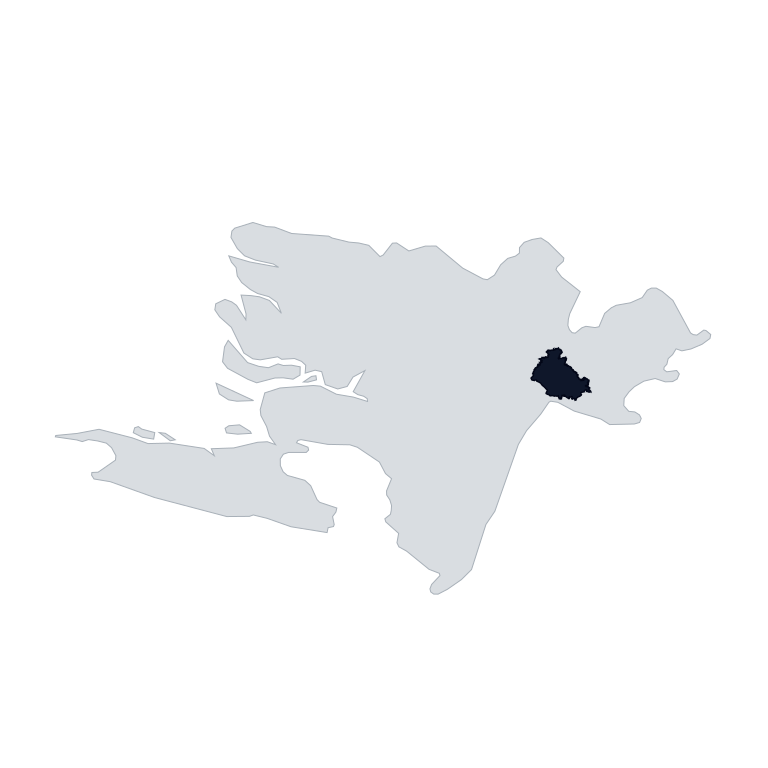 Gaibandha, Rangpur, Bangladesh shown in context, rotated 111°
{"feature_id": "16705992B74857221285320", "entity_name": "Gaibandha", "entity_type": "district", "adm_level": 2, "iso_a3": "BGD", "parent_name": "Bangladesh", "parent_adm1": "Rangpur", "projection": "natural_earth1", "projection_center": [89.465, 25.343], "detail": "fine", "context": "in_parent", "style": "filled", "palette": "ink", "viewbox_px": 768, "rotation_deg": 111, "n_neighbors": 0, "source": "geoboundaries", "source_scale": "gbopen_adm2", "svg_char_len": 9453}
<svg xmlns="http://www.w3.org/2000/svg" viewBox="0 0 768 768"><g transform="rotate(111 384 384)"><path d="M276.7,542.3L276.6,524.2L265.8,488.6L266.3,484.7L264.1,467.6L261.4,458.1L260.0,447.9L266.5,433.4L263.9,431.0L249.5,426.6L247.8,422.8L250.9,408.5L240.5,394.9L236.5,384.8L247.6,352.1L250.4,329.3L249.6,324.9L242.8,319.9L230.9,317.8L222.4,313.5L217.5,307.1L213.3,304.5L208.1,306.4L201.5,303.9L196.0,297.5L191.4,289.8L193.2,281.3L202.0,261.2L205.2,260.6L212.8,264.4L215.6,264.4L220.5,256.5L227.5,233.9L251.7,235.8L257.5,235.1L263.5,233.3L266.8,230.4L268.7,226.8L268.0,223.7L260.6,219.4L257.8,216.2L255.7,207.2L253.5,203.8L239.0,203.3L231.4,199.1L227.3,195.4L219.9,183.1L210.8,173.9L202.0,171.8L198.7,168.8L196.9,164.1L197.9,157.3L202.4,144.3L226.5,116.1L227.1,113.0L226.2,109.4L219.1,104.8L218.7,102.6L220.7,96.7L224.7,96.0L232.9,101.3L241.3,110.0L246.3,117.8L246.5,123.9L253.1,125.1L258.5,127.8L264.2,127.0L267.9,128.5L270.3,127.9L271.3,124.4L266.5,115.6L268.8,111.9L274.3,112.1L278.3,115.4L281.2,122.2L281.7,132.8L288.2,142.4L296.7,149.2L303.4,152.4L311.4,154.6L318.3,152.4L321.8,145.7L320.2,139.8L321.3,134.4L324.0,131.5L328.3,131.6L331.6,135.9L341.0,158.8L339.0,169.0L341.1,196.8L338.8,215.2L340.3,222.2L341.9,223.5L356.0,226.9L376.5,234.2L392.2,236.9L463.1,234.9L478.6,238.5L525.9,235.8L538.8,241.6L552.9,251.2L560.8,258.2L562.3,262.3L561.4,265.8L558.8,267.7L554.0,267.7L542.8,263.1L540.9,264.5L540.9,275.5L531.9,303.1L530.7,311.7L527.6,315.0L518.2,316.8L512.1,332.9L509.5,334.9L503.4,331.3L499.5,331.9L494.7,333.4L490.0,337.1L486.7,341.7L482.9,343.3L469.7,343.0L467.1,350.5L458.5,360.3L452.6,386.2L453.0,394.1L460.5,414.8L465.7,441.6L467.7,444.3L470.2,444.6L470.3,432.3L472.7,430.7L475.8,432.1L482.1,448.6L485.6,452.8L491.1,454.0L497.4,451.5L502.1,446.7L504.0,441.4L502.3,423.4L505.2,416.0L515.9,405.1L517.5,401.7L516.7,383.6L520.8,383.0L526.2,384.5L533.1,380.1L535.2,380.1L538.2,384.7L543.1,383.9L550.6,419.7L551.3,445.0L553.1,459.1L555.8,462.2L564.1,483.3L572.2,557.5L573.3,604.6L576.6,620.7L573.9,624.3L571.3,625.0L568.8,619.3L551.3,607.4L547.0,608.6L541.1,615.5L538.7,622.0L539.8,631.0L541.8,640.0L545.9,645.1L546.3,650.7L551.1,671.9L549.7,672.0L540.1,652.7L528.4,633.8L524.5,599.8L524.2,583.0L516.1,563.2L508.6,528.8L511.8,516.7L506.3,522.0L497.5,501.3L483.7,481.1L479.7,472.2L479.5,463.5L473.7,472.2L465.7,478.4L457.6,487.6L452.2,490.4L435.0,492.1L425.0,479.7L410.7,449.4L408.8,442.6L410.6,424.8L407.2,407.9L406.2,393.1L403.7,394.4L402.7,398.5L403.3,404.7L402.2,410.0L378.3,406.6L388.6,415.4L399.5,417.5L405.2,425.4L405.6,438.6L394.8,446.6L395.8,453.3L402.1,461.5L394.5,463.8L392.4,469.1L392.3,476.7L397.6,488.4L396.7,493.0L405.8,508.2L407.5,515.5L405.3,525.9L385.8,546.8L380.2,561.6L375.4,568.5L369.4,569.8L362.0,562.8L361.9,555.6L363.4,549.9L373.6,536.0L368.0,537.9L352.2,549.3L349.2,540.0L347.2,531.4L347.1,520.9L354.8,505.1L346.1,513.0L343.7,522.8L344.8,534.4L343.7,542.5L340.3,553.2L335.7,559.7L328.3,563.8L324.9,570.1L320.0,574.8L318.2,553.2L312.8,524.2L311.6,530.4L314.4,548.4L314.3,560.1L310.2,569.4L302.0,579.4L295.7,580.8L292.0,579.2L280.2,564.3L279.2,550.1L276.7,542.3ZM421.1,542.7L406.5,546.2L399.1,545.1L412.9,519.0L412.4,507.3L410.2,497.7L403.2,490.1L402.8,484.6L399.6,477.1L398.0,468.4L405.8,465.6L412.1,470.6L414.4,480.5L417.5,488.0L428.5,503.3L428.4,512.7L425.4,535.7L421.1,542.7ZM452.3,534.1L443.4,541.1L446.2,499.8L452.8,515.2L454.5,523.4L452.3,534.1ZM486.1,513.5L482.3,516.5L478.6,513.9L473.9,504.2L476.2,492.0L477.6,490.2L483.3,502.7L486.1,513.5ZM519.3,600.6L514.3,601.1L511.8,598.1L512.9,594.0L511.5,580.6L518.0,579.3L520.3,590.5L519.3,600.6ZM513.6,563.2L509.9,576.5L508.4,570.5L510.9,558.9L513.6,563.2ZM409.5,455.7L411.0,460.0L402.9,454.4L400.7,450.5L404.3,448.5L409.5,455.7Z" fill="#d9dde1" stroke="#a8b0b8" stroke-width="1"/><path d="M326.5,248.0L327.1,247.7L327.1,246.2L326.9,245.7L326.9,244.9L326.4,244.7L325.7,243.7L326.1,243.0L326.2,242.1L326.6,242.1L326.6,240.7L326.9,238.6L326.8,238.3L327.4,237.5L328.5,235.7L328.7,235.2L328.8,234.5L329.7,232.3L330.5,230.9L330.9,229.5L331.8,229.2L334.2,229.4L334.8,229.2L335.0,227.7L334.8,225.8L334.9,225.6L335.2,225.5L335.5,224.7L335.1,223.8L334.5,222.9L334.3,221.5L334.3,220.8L334.0,220.8L333.4,218.4L333.0,217.4L332.6,217.1L333.6,216.4L334.5,215.5L334.2,215.5L334.8,214.0L334.7,213.9L334.0,213.9L334.1,213.1L333.2,213.3L332.4,213.3L331.6,213.6L331.4,213.6L330.9,213.8L330.8,213.4L330.3,212.9L330.9,212.6L330.9,211.6L330.7,211.0L330.0,211.5L329.7,211.3L330.3,210.5L330.8,209.1L331.1,207.8L331.1,207.4L331.3,206.8L331.4,206.1L331.2,205.9L330.5,205.8L330.4,206.1L329.7,206.1L329.6,206.3L329.4,206.2L329.5,205.4L328.4,204.3L328.3,203.9L328.8,203.5L330.3,203.6L330.6,203.2L330.5,202.5L329.4,201.7L329.2,201.2L329.4,200.6L330.1,200.3L330.2,199.8L330.6,199.7L330.1,199.0L328.7,199.3L328.1,199.2L327.3,198.6L326.3,198.1L325.3,196.8L324.8,196.6L324.5,196.3L324.0,196.2L323.8,195.9L322.9,196.0L322.8,196.5L322.2,197.0L321.4,197.2L320.1,195.3L319.7,194.4L318.5,194.4L317.2,193.8L316.9,192.8L317.4,192.7L317.7,191.9L318.2,192.0L318.0,191.6L318.2,190.3L317.8,189.0L317.1,188.6L317.2,188.1L316.8,188.3L316.1,189.5L315.9,190.0L316.1,190.3L316.0,190.6L315.7,190.6L315.3,190.9L314.9,191.0L314.5,190.9L314.1,190.5L313.9,190.6L314.3,191.4L314.4,191.5L314.2,191.8L314.1,191.7L314.0,191.3L313.7,191.4L313.2,192.9L313.4,193.8L314.0,194.3L313.7,194.8L313.8,195.0L313.7,195.2L313.2,195.3L312.9,194.5L312.4,194.1L312.3,193.8L311.9,193.6L312.0,193.1L311.8,193.0L311.7,193.0L311.2,193.1L311.1,193.4L310.9,193.3L310.7,193.7L310.4,193.6L310.4,193.9L309.9,193.8L309.7,194.3L309.6,194.2L309.4,194.4L309.0,194.3L308.9,194.0L309.0,193.8L308.7,193.6L308.6,194.1L307.2,193.9L307.0,194.0L307.0,195.3L306.5,195.9L306.6,197.5L306.3,197.8L306.5,197.9L306.9,197.7L307.0,197.9L306.3,198.1L306.3,198.4L306.4,198.6L306.8,198.6L306.4,199.3L306.3,199.0L306.2,198.9L306.1,199.4L306.4,199.6L306.9,199.2L307.3,199.4L307.2,199.9L307.4,200.0L307.6,199.9L307.5,199.7L307.7,199.4L308.0,199.1L308.2,199.6L308.3,199.7L308.7,199.5L308.8,199.1L309.0,199.0L309.2,199.8L309.0,200.1L309.3,200.0L309.5,200.1L309.4,200.3L308.8,200.4L308.7,200.8L309.5,201.0L309.6,200.6L310.1,201.1L309.2,201.6L309.3,202.2L309.6,202.4L309.2,202.7L309.4,204.0L309.2,204.1L308.9,204.0L308.7,204.1L308.4,205.4L308.0,205.2L307.8,205.8L307.5,206.0L307.4,206.3L307.2,206.4L307.2,206.5L306.6,206.1L306.3,206.5L306.0,206.3L305.8,206.3L305.2,208.6L304.3,208.4L304.3,209.0L304.1,209.6L304.5,209.9L304.3,210.4L304.1,210.4L304.0,210.8L304.2,210.7L304.4,210.9L304.0,211.1L304.0,211.4L304.1,211.8L303.8,212.1L303.0,212.5L303.2,213.0L303.0,213.8L302.6,214.2L302.2,214.3L302.0,214.8L301.8,214.9L302.2,215.5L301.3,215.7L301.2,216.1L301.2,216.5L301.1,216.8L301.3,217.5L300.9,218.5L300.9,219.1L301.5,219.1L301.4,220.0L300.9,219.9L300.7,220.0L300.4,220.1L300.4,220.4L300.1,220.6L300.4,221.0L300.4,221.3L300.6,221.3L301.0,221.2L301.1,220.8L301.4,221.8L301.0,222.1L301.1,222.3L300.5,222.4L300.5,222.7L300.0,222.5L299.8,222.7L299.1,222.5L298.7,222.8L297.9,222.7L296.9,222.8L296.7,222.6L296.5,222.8L296.1,222.6L295.0,222.7L294.7,222.9L294.8,223.2L295.4,223.6L295.2,223.6L295.1,223.8L294.6,223.8L293.9,224.1L294.0,224.3L294.8,224.7L294.8,224.9L295.1,225.2L295.2,225.8L295.5,225.9L295.3,226.2L295.7,226.5L295.8,226.8L296.5,227.0L296.8,227.7L296.7,228.5L297.1,228.8L297.4,229.6L297.9,229.8L297.5,230.5L297.1,230.5L296.6,230.3L296.7,230.0L296.6,229.9L296.0,229.8L295.6,229.9L295.3,229.7L295.2,229.8L295.5,230.3L294.8,230.4L294.6,230.2L294.2,230.4L294.1,230.2L293.1,230.4L292.8,230.1L292.4,230.1L292.2,229.6L291.4,229.6L291.3,229.3L290.6,229.1L290.4,229.4L290.2,229.4L289.9,229.8L289.7,229.9L289.6,230.3L289.3,230.4L289.1,230.8L288.8,231.0L288.9,231.9L288.6,232.2L288.7,232.6L288.9,232.6L288.7,233.3L287.9,234.0L288.6,234.4L288.7,234.6L288.9,234.5L289.1,234.9L288.9,235.1L289.1,235.6L289.6,235.7L289.6,236.1L289.8,235.9L290.1,236.0L290.3,236.4L290.5,236.4L290.7,236.8L291.2,237.3L291.0,237.6L290.9,237.8L290.6,238.0L291.3,238.2L291.2,238.3L291.9,238.3L292.4,239.8L292.8,240.3L293.0,240.9L293.3,240.9L293.4,241.4L293.3,242.0L293.6,243.0L294.4,243.1L294.6,242.9L294.6,243.4L295.9,243.9L296.6,242.1L296.8,241.8L297.2,241.6L297.4,241.0L297.7,241.1L297.8,240.7L298.2,240.9L298.3,241.1L298.7,241.0L299.0,241.1L299.4,240.5L299.9,240.6L300.0,240.4L300.3,240.4L300.5,240.7L300.6,241.5L300.9,241.7L300.7,242.3L300.1,242.6L300.6,242.6L300.9,243.0L301.3,242.6L301.6,243.1L302.0,243.4L302.0,243.8L302.5,243.8L302.2,244.5L302.4,244.7L302.2,245.0L302.5,245.4L302.6,246.0L303.4,245.9L303.4,246.1L304.3,246.7L304.5,247.1L304.6,247.6L304.9,247.6L304.8,247.8L305.0,248.0L305.2,246.0L305.4,245.8L305.9,246.0L306.2,245.9L305.8,244.8L306.7,245.0L307.0,244.4L307.3,244.6L307.4,245.1L307.6,245.0L307.8,245.1L307.8,245.8L308.0,246.2L308.3,245.4L309.0,245.3L309.1,245.8L309.3,245.8L309.6,245.6L309.3,245.6L309.4,245.3L310.2,245.1L310.4,245.6L310.0,246.5L310.0,246.8L310.3,247.1L310.4,246.8L310.3,246.1L310.7,246.2L310.9,246.6L311.1,246.5L311.3,246.6L311.3,246.9L310.9,247.1L311.1,247.2L311.9,247.2L312.1,246.5L312.4,246.7L313.2,246.5L313.4,246.7L313.5,247.4L313.6,247.6L314.2,247.7L314.5,248.2L314.8,248.2L315.0,248.5L315.5,248.6L316.0,248.6L316.4,248.3L316.5,248.4L316.5,248.2L316.6,248.3L317.0,248.7L317.5,248.5L318.1,248.7L318.5,248.8L318.9,248.7L319.5,248.9L319.7,248.6L320.3,248.7L320.1,248.4L320.4,248.2L320.6,248.3L320.7,248.2L320.8,248.4L321.7,248.2L322.1,248.1L322.5,247.6L323.3,247.6L325.1,248.6L325.8,248.8L326.0,248.5L326.5,248.0Z" fill="#0f172a" stroke="#020617" stroke-width="1.5"/></g></svg>